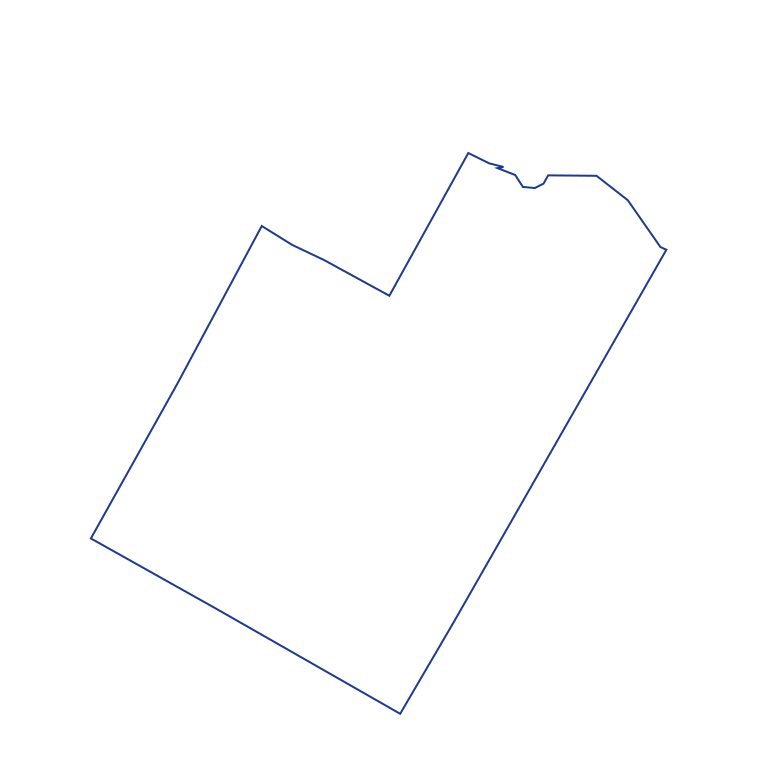 Montgomery, Missouri, United States of America, rotated 208°
{"feature_id": "52423323B31191129139810", "entity_name": "Montgomery", "entity_type": "district", "adm_level": 2, "iso_a3": "USA", "parent_name": "United States of America", "parent_adm1": "Missouri", "projection": "natural_earth1", "projection_center": [-91.47, 38.912], "detail": "fine", "context": "isolated", "style": "outline", "palette": "blue", "viewbox_px": 768, "rotation_deg": 208, "n_neighbors": 0, "source": "geoboundaries", "source_scale": "gbopen_adm2", "svg_char_len": 442}
<svg xmlns="http://www.w3.org/2000/svg" viewBox="0 0 768 768"><g transform="rotate(208 384 384)"><path d="M210.6,207.2L197.7,635.1L204.2,634.7L255.0,660.7L294.1,667.6L337.0,645.3L337.2,635.8L342.9,627.8L353.9,623.2L366.2,630.1L385.1,627.9L380.4,631.7L394.7,628.2L418.0,627.5L420.7,464.4L494.8,465.3L530.5,463.7L566.1,466.1L566.6,286.9L570.3,110.0L427.1,106.8L214.9,100.4L210.6,207.2Z" fill="none" stroke="#1e3a8a" stroke-width="2"/></g></svg>